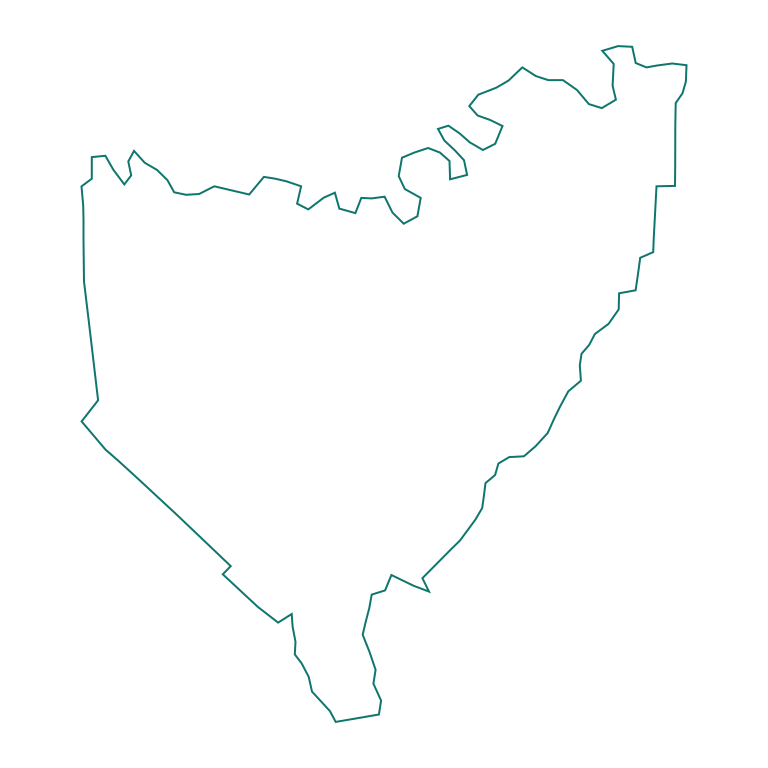 outline of Áurea, Rio Grande do Sul, Brazil
{"feature_id": "56859067B65143809890428", "entity_name": "Áurea", "entity_type": "district", "adm_level": 2, "iso_a3": "BRA", "parent_name": "Brazil", "parent_adm1": "Rio Grande do Sul", "projection": "orthographic", "projection_center": [-52.066, -27.718], "detail": "fine", "context": "isolated", "style": "outline", "palette": "teal", "viewbox_px": 768, "rotation_deg": 0, "n_neighbors": 0, "source": "geoboundaries", "source_scale": "gbopen_adm2", "svg_char_len": 1992}
<svg xmlns="http://www.w3.org/2000/svg" viewBox="0 0 768 768"><path d="M635.6,290.3L637.8,275.4L640.2,257.8L653.2,252.1L653.7,239.2L656.5,186.3L675.0,185.9L675.2,165.5L675.3,124.8L675.7,103.0L682.5,93.3L685.9,81.4L686.5,65.2L672.2,63.5L657.1,65.5L646.5,67.4L635.7,63.0L632.2,46.8L618.1,46.1L602.3,50.8L613.7,63.9L612.6,85.8L615.9,99.7L601.8,108.1L588.9,104.1L577.0,90.0L562.9,80.1L548.2,80.1L535.9,76.1L522.3,67.4L508.6,80.5L496.3,87.7L478.3,94.7L469.3,106.1L477.6,115.5L490.2,120.0L502.5,126.0L495.2,143.8L482.9,150.0L469.7,142.3L459.6,133.4L448.4,125.7L438.0,128.9L444.4,140.6L455.0,150.5L464.0,160.2L467.1,174.9L450.1,179.3L449.5,161.0L439.8,152.5L428.1,148.0L414.5,152.5L402.0,157.7L398.7,176.1L404.8,189.0L420.7,197.9L417.4,216.3L403.7,223.7L392.5,212.6L384.6,196.7L371.7,198.4L361.3,197.9L355.4,213.1L339.3,208.6L334.9,192.7L323.7,197.7L308.3,209.4L297.1,203.7L301.1,186.3L286.4,181.3L274.7,178.6L263.9,176.9L249.2,194.5L233.4,190.8L214.3,186.3L199.1,194.0L186.1,194.8L174.2,192.3L167.4,180.1L157.1,170.0L144.8,162.8L134.0,150.9L128.3,161.5L131.2,175.4L124.3,184.4L113.3,169.7L105.4,155.8L91.8,157.1L91.8,178.7L81.5,186.4L83.2,205.5L83.5,220.1L83.5,240.0L84.0,281.5L88.6,319.7L98.1,400.3L81.6,421.4L105.4,449.5L117.9,460.4L129.1,470.6L142.8,483.2L176.0,514.0L204.7,541.3L222.1,557.9L230.7,566.1L222.8,574.3L257.7,606.8L278.1,622.6L291.7,614.0L292.6,626.6L295.5,641.8L294.8,654.4L301.6,663.3L308.7,676.8L312.0,691.6L321.4,701.8L330.0,711.2L335.7,721.9L378.9,714.5L381.1,700.6L373.4,683.7L375.6,669.8L369.5,651.9L362.7,634.8L365.5,622.6L369.3,608.0L371.7,594.6L385.1,590.4L391.4,575.0L403.1,580.7L413.9,585.9L429.0,591.6L422.4,578.2L451.6,548.7L460.0,540.5L467.9,529.8L475.4,519.6L482.2,508.0L483.9,496.0L485.5,483.1L495.1,475.0L498.4,463.5L509.2,457.1L523.9,456.3L535.6,446.2L547.7,433.0L554.3,418.4L560.0,406.7L568.3,391.3L580.9,380.7L579.8,365.3L581.5,353.8L589.2,344.9L594.9,334.0L608.6,323.8L618.7,309.4L619.1,293.3L635.6,290.3Z" fill="none" stroke="#0f766e" stroke-width="2"/></svg>